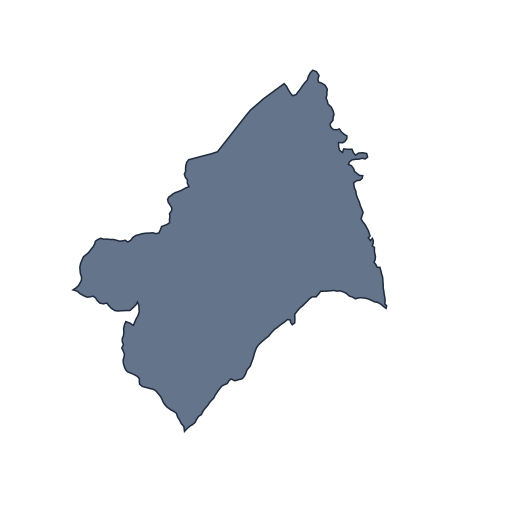 the district of Santa Maria Madalena, Rio de Janeiro, Brazil, rotated 129°
{"feature_id": "56859067B84707497106597", "entity_name": "Santa Maria Madalena", "entity_type": "district", "adm_level": 2, "iso_a3": "BRA", "parent_name": "Brazil", "parent_adm1": "Rio de Janeiro", "projection": "orthographic", "projection_center": [-41.908, -21.952], "detail": "fine", "context": "isolated", "style": "filled", "palette": "slate", "viewbox_px": 512, "rotation_deg": 129, "n_neighbors": 0, "source": "geoboundaries", "source_scale": "gbopen_adm2", "svg_char_len": 4337}
<svg xmlns="http://www.w3.org/2000/svg" viewBox="0 0 512 512"><g transform="rotate(129 256 256)"><path d="M286.6,184.6L283.6,183.8L280.6,186.0L276.9,189.2L273.0,189.3L268.7,189.2L265.2,188.4L262.7,188.2L258.7,187.7L256.0,187.6L252.4,186.6L249.9,183.6L246.1,183.4L242.8,183.6L240.8,181.3L238.5,178.6L235.8,175.8L233.8,173.9L232.5,171.2L230.1,168.6L228.8,165.1L228.2,162.2L228.4,158.3L227.3,155.4L226.7,151.7L224.3,150.2L222.5,148.4L220.1,144.7L218.8,141.8L217.8,138.4L217.0,135.0L215.5,132.3L214.9,128.5L215.0,125.0L214.8,121.9L212.4,123.2L212.1,125.8L209.6,127.4L207.3,129.6L205.0,132.4L203.1,134.3L200.7,137.1L197.8,139.5L195.4,141.8L192.9,144.1L191.2,146.6L189.0,149.5L186.8,152.6L188.6,154.9L187.2,157.6L186.6,160.3L183.8,161.1L181.0,163.0L178.9,165.8L176.8,167.8L174.8,169.3L175.0,171.9L172.3,173.0L170.3,174.4L169.1,176.7L172.0,176.7L171.2,180.2L168.7,179.9L167.2,182.2L165.8,184.3L164.2,188.0L162.8,191.5L162.3,194.3L161.0,197.7L157.6,199.1L154.8,200.1L152.9,203.4L151.3,206.6L149.1,209.6L147.2,213.4L145.2,216.7L142.8,219.2L141.0,222.6L137.8,226.1L134.1,225.2L131.8,222.9L129.0,222.3L126.4,223.6L128.2,226.2L128.3,229.4L128.4,232.6L126.7,235.1L125.8,238.7L126.7,241.8L123.8,242.6L120.8,241.8L118.1,239.4L116.2,237.2L113.2,234.9L111.9,232.2L108.9,231.5L106.7,234.5L108.6,238.1L111.5,241.1L115.1,242.2L114.4,245.3L112.6,248.6L115.5,252.0L117.6,255.3L121.1,253.8L121.3,257.4L119.2,260.4L115.9,263.3L113.5,259.9L111.1,259.0L107.8,259.2L105.4,260.9L105.9,263.6L105.9,267.5L104.8,271.2L107.0,272.6L109.1,275.6L108.8,278.8L107.1,281.5L104.5,281.6L102.0,281.6L100.0,283.2L96.9,284.5L94.7,287.3L92.9,291.4L92.6,295.6L90.6,298.3L89.0,301.1L86.4,302.1L84.2,303.9L81.5,305.5L79.8,309.8L80.4,314.1L81.5,316.7L79.9,319.0L76.1,320.6L74.7,325.0L75.9,328.8L79.4,329.1L83.5,328.3L87.1,326.8L90.6,327.1L94.7,327.0L98.3,326.6L101.8,326.6L105.3,326.4L108.4,328.4L107.7,332.0L106.4,335.7L104.9,339.1L104.3,342.6L129.8,349.3L133.8,349.9L145.8,352.1L153.1,352.2L199.2,351.5L204.7,355.1L223.5,368.9L226.8,368.8L230.0,367.4L232.5,365.7L234.5,364.0L237.5,363.2L239.4,360.2L240.0,357.3L242.7,355.1L244.3,351.7L247.6,353.6L251.3,355.0L255.2,357.1L257.5,358.6L259.9,359.6L262.8,360.2L265.1,360.9L267.7,360.3L269.6,357.8L270.6,354.4L271.7,351.6L274.0,350.1L277.5,349.9L279.6,347.6L281.9,346.4L284.5,344.1L287.4,345.0L289.9,346.4L292.6,347.9L295.7,346.8L299.2,346.0L301.5,347.7L303.1,351.1L305.5,353.5L307.3,355.7L310.4,358.6L313.4,360.6L315.6,362.3L319.2,363.4L322.2,363.2L325.8,364.4L326.1,367.6L328.5,369.5L330.3,371.3L331.4,374.0L332.9,377.3L334.8,379.5L336.6,382.4L338.7,384.9L339.9,387.8L342.7,389.3L345.6,390.1L347.8,389.1L350.7,388.4L354.1,388.4L358.7,388.3L362.7,389.0L365.2,389.6L368.2,388.8L372.0,387.7L375.5,385.9L378.0,383.6L380.3,381.3L382.0,378.5L384.5,376.5L387.5,375.8L391.0,375.3L394.5,375.9L397.5,376.9L395.8,372.6L396.0,368.9L395.4,365.3L394.4,361.5L391.9,359.0L389.8,357.4L389.5,354.4L390.5,351.5L390.9,347.8L389.2,344.4L386.4,342.3L387.2,339.5L387.7,335.2L387.2,331.2L385.5,328.5L383.4,326.3L380.4,322.9L377.7,319.7L372.9,318.9L369.3,318.6L366.4,319.1L368.3,315.6L370.8,313.6L372.9,311.6L377.0,310.1L381.2,309.4L384.3,308.4L387.1,307.7L387.5,311.8L388.9,315.9L392.5,314.8L395.9,313.1L398.4,310.7L401.8,308.6L404.3,308.0L406.5,306.3L408.3,303.2L412.0,302.4L413.7,298.8L415.2,296.4L417.6,295.0L420.5,293.8L422.8,291.6L425.1,288.4L426.6,285.2L426.8,282.5L425.8,279.8L425.0,276.7L424.2,272.4L424.8,269.4L427.0,267.7L428.9,265.8L428.9,262.3L427.6,259.2L426.5,256.8L425.5,254.4L424.3,252.0L423.8,249.3L424.5,245.4L425.4,241.3L426.6,238.7L427.9,236.3L428.8,233.6L429.4,230.3L429.2,225.7L428.5,222.1L428.3,218.9L430.4,215.7L431.9,211.5L433.3,208.6L433.8,204.9L437.3,201.2L432.7,200.9L429.5,200.2L427.0,199.2L423.7,198.6L420.1,199.4L416.7,199.7L413.7,198.7L411.1,199.2L408.3,199.7L405.6,199.6L402.5,199.5L399.2,199.9L395.5,199.7L393.0,199.4L390.1,200.1L385.1,200.6L381.1,200.7L378.6,200.7L376.2,199.7L373.3,198.1L369.9,198.5L367.2,198.0L366.3,193.9L362.7,191.4L360.3,189.6L357.9,189.3L354.3,189.9L350.0,191.3L345.0,191.2L341.8,192.4L338.4,193.5L335.6,194.6L333.1,195.8L330.6,196.7L327.6,197.7L324.7,198.1L322.3,198.0L318.8,197.5L314.4,196.7L310.2,195.7L307.2,195.8L304.3,195.7L301.1,195.4L298.0,194.4L295.1,193.9L292.2,193.1L289.6,192.3L285.6,191.6L284.2,189.1L285.8,187.2L286.6,184.6Z" fill="#64748b" stroke="#1e293b" stroke-width="1.5"/></g></svg>